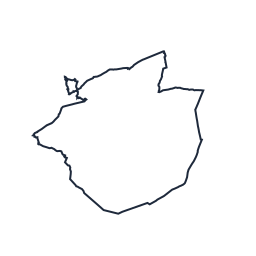 Amanalco, México, Mexico (Equal Earth projection), rotated 56°
{"feature_id": "50627088B28397416808425", "entity_name": "Amanalco", "entity_type": "district", "adm_level": 2, "iso_a3": "MEX", "parent_name": "Mexico", "parent_adm1": "México", "projection": "equal_earth", "projection_center": [-100.016, 19.256], "detail": "fine", "context": "isolated", "style": "outline", "palette": "slate", "viewbox_px": 256, "rotation_deg": 56, "n_neighbors": 0, "source": "geoboundaries", "source_scale": "gbopen_adm2", "svg_char_len": 5336}
<svg xmlns="http://www.w3.org/2000/svg" viewBox="0 0 256 256"><g transform="rotate(56 128 128)"><path d="M190.0,87.9L188.8,86.1L187.8,84.8L186.8,83.5L186.0,83.1L184.6,81.4L183.3,79.7L179.0,73.3L178.2,74.1L174.7,72.7L171.2,71.4L169.7,70.7L166.7,69.4L166.3,69.3L165.4,68.9L160.4,66.5L159.4,66.1L158.5,65.7L156.5,64.8L152.9,63.1L151.9,62.7L150.5,62.0L150.5,61.8L150.4,61.7L150.1,61.4L149.7,60.8L148.8,59.3L147.6,57.5L147.2,56.8L146.9,56.4L145.2,53.9L143.4,51.3L143.2,51.0L141.4,48.3L139.8,45.8L139.0,44.6L137.4,46.5L135.9,48.6L134.4,50.7L134.0,51.7L133.4,52.2L132.5,52.6L131.5,54.0L130.9,55.1L130.8,55.6L130.1,56.3L129.3,56.7L129.2,56.9L128.7,57.6L127.9,58.5L126.8,60.0L126.1,60.5L124.8,61.7L123.9,62.2L123.1,63.3L122.7,64.0L122.5,64.5L121.8,65.1L121.1,65.8L120.8,66.4L120.8,66.8L120.0,69.6L119.5,70.4L118.6,73.2L116.4,77.7L116.3,77.9L116.2,80.1L115.8,82.0L115.3,82.5L114.9,82.0L114.5,81.6L114.4,81.6L114.2,81.2L113.8,80.8L113.7,80.7L113.4,80.4L113.0,80.1L112.8,79.9L112.2,79.5L111.6,79.1L111.3,79.0L111.1,79.0L110.6,79.0L110.2,79.1L109.4,78.8L109.3,78.5L109.1,78.2L108.7,78.0L108.5,77.7L108.4,77.4L108.3,76.8L108.1,76.5L107.4,75.7L106.8,75.2L106.1,73.5L105.1,72.1L104.3,70.9L104.1,70.8L103.9,70.8L103.7,70.8L102.6,69.9L99.9,67.0L98.5,65.6L99.4,62.2L94.3,60.0L94.2,60.1L93.7,59.7L89.7,58.1L89.8,57.5L89.7,57.3L89.5,56.9L89.0,56.4L88.4,56.5L88.0,56.2L87.7,56.0L87.4,55.9L86.8,55.9L86.5,55.9L86.2,56.1L86.1,55.8L85.8,55.8L85.7,55.7L85.3,55.5L85.1,55.5L84.8,55.4L84.7,55.9L84.5,56.0L84.2,56.0L80.4,74.1L80.0,76.1L79.6,77.7L79.5,78.7L79.4,79.5L79.3,80.4L79.3,81.0L79.1,82.4L79.1,83.4L79.1,85.8L79.1,87.8L79.3,88.4L79.4,88.9L79.5,89.2L79.6,89.5L79.7,89.9L79.7,90.2L79.7,90.5L79.6,90.8L79.6,91.2L79.6,91.6L79.8,92.6L79.9,94.0L78.8,94.0L78.7,95.1L77.8,95.0L77.3,95.8L75.6,98.7L75.1,100.1L72.8,105.1L72.0,106.2L71.6,107.0L71.5,107.3L71.4,107.6L70.8,108.1L69.3,110.4L69.3,110.5L69.2,111.1L69.2,111.6L69.2,112.2L69.1,112.8L69.2,113.3L69.3,114.2L69.3,114.8L69.1,116.3L69.0,117.7L68.9,119.2L68.9,120.6L68.8,121.6L68.6,122.3L68.5,122.9L68.4,123.7L68.2,124.5L68.0,125.1L67.5,125.9L67.0,127.0L66.7,127.6L66.5,127.8L66.5,128.0L66.7,128.4L66.9,128.8L67.1,129.2L67.0,129.9L67.0,130.1L66.8,130.7L66.0,135.5L66.3,137.0L66.5,138.2L66.5,138.4L66.6,139.1L67.1,140.4L67.2,141.0L67.5,143.3L67.9,144.2L68.4,144.9L68.2,145.9L68.1,147.1L68.0,147.9L68.2,148.2L68.3,148.4L67.5,148.5L66.0,148.1L65.2,148.1L64.2,147.6L63.3,146.5L62.8,146.0L62.1,145.2L61.4,143.9L61.2,143.8L59.6,145.6L58.9,145.5L58.4,144.5L57.7,144.7L58.0,145.8L57.7,146.0L57.5,147.1L57.2,147.5L56.3,148.5L55.3,149.2L53.8,150.6L52.5,151.1L51.7,151.2L51.4,151.2L51.1,151.2L50.8,151.3L50.6,151.4L50.2,151.7L50.7,152.0L51.1,151.8L51.6,151.7L51.9,151.8L52.1,151.9L52.3,152.3L52.5,152.4L52.5,152.6L52.5,152.8L53.2,152.9L53.7,152.9L54.2,152.9L54.2,152.7L54.3,152.5L54.5,152.3L54.7,152.0L54.8,152.2L54.8,152.5L55.2,152.8L55.5,153.3L55.7,153.6L56.0,153.9L56.7,154.3L57.0,154.3L57.1,154.6L58.1,155.0L58.7,155.1L58.8,155.1L60.0,155.0L60.4,155.1L60.8,155.3L61.1,155.5L61.4,155.6L61.6,155.9L61.7,156.2L61.8,156.5L62.0,156.4L62.2,156.1L62.2,155.9L62.2,155.6L62.3,155.6L62.5,155.7L62.5,156.0L62.6,156.4L62.7,156.6L63.3,156.8L63.6,156.7L64.0,156.8L64.2,157.0L64.5,157.2L66.4,157.5L66.6,157.2L66.5,157.5L66.9,158.1L67.2,158.0L67.3,157.6L67.4,157.2L67.2,156.9L67.1,156.5L67.0,155.8L67.4,156.7L67.2,155.2L67.6,153.1L67.2,152.8L67.1,152.7L67.3,152.6L67.5,152.5L67.8,152.3L67.7,152.1L67.7,151.9L67.8,151.1L68.1,150.3L68.1,150.0L68.6,150.0L68.8,149.6L69.2,149.4L70.0,149.3L72.0,150.8L72.7,152.8L73.5,152.6L74.5,153.2L74.3,152.6L74.4,152.3L75.6,152.3L76.0,151.5L75.8,151.0L75.8,150.9L76.6,150.7L77.1,150.5L78.0,150.1L79.3,149.6L80.1,149.1L80.0,148.7L79.8,148.4L79.7,148.0L79.6,147.6L79.7,147.1L80.6,146.7L81.1,146.6L81.1,147.5L81.1,148.1L81.5,148.8L81.6,149.2L77.9,158.9L77.2,161.0L75.5,165.7L75.1,166.8L74.0,170.1L74.4,171.8L74.5,172.3L75.1,172.8L77.9,176.7L77.9,177.7L79.5,179.2L80.4,184.0L81.0,186.1L81.3,188.2L80.7,191.6L80.8,191.5L80.4,193.7L80.4,195.8L80.6,200.0L80.4,204.7L80.4,205.2L80.7,205.5L80.4,206.2L80.4,206.6L80.3,207.0L80.2,207.4L80.1,208.0L80.3,208.8L80.6,209.4L80.6,209.6L80.9,209.6L81.1,209.8L81.2,210.7L81.4,210.5L81.7,210.1L81.9,210.3L82.3,210.2L82.5,210.2L82.8,210.0L83.1,210.3L83.5,209.7L83.8,209.8L84.5,209.6L85.0,208.3L85.8,208.8L89.8,210.0L90.0,210.0L90.1,210.6L90.5,210.9L90.8,211.2L91.2,211.4L91.5,211.2L91.6,210.8L91.9,210.8L92.1,210.3L93.3,209.7L95.5,208.6L95.9,208.3L98.2,206.4L100.8,204.4L101.3,203.4L101.6,202.5L104.4,200.9L105.7,200.6L107.1,200.0L107.7,199.5L108.9,197.3L110.1,196.3L112.9,196.9L113.8,196.8L114.1,196.5L115.6,195.4L116.1,195.9L115.9,196.2L116.0,196.8L116.8,196.8L117.5,196.5L118.1,195.7L118.6,195.4L121.2,199.4L125.4,198.7L126.4,197.6L127.6,197.8L128.4,197.9L129.7,199.1L132.1,199.7L134.2,201.3L138.0,204.6L146.0,203.4L147.4,203.5L148.4,202.6L150.0,201.9L152.9,200.3L155.3,200.1L157.4,200.7L174.2,196.2L182.4,194.1L193.6,184.0L194.3,179.5L201.0,153.8L203.4,152.7L204.0,145.5L203.8,143.7L204.5,136.1L203.9,127.6L203.8,125.7L204.1,124.5L204.4,123.1L204.6,121.9L204.8,120.7L205.0,119.6L205.0,118.7L205.1,117.9L205.5,116.1L205.6,115.1L205.8,114.3L205.7,113.8L205.7,113.1L205.7,112.7L205.6,112.1L205.4,111.5L204.0,109.4L202.7,107.7L201.9,106.6L198.3,103.4L196.4,101.1L194.1,96.3L193.3,94.5L192.6,92.7L192.2,91.8L190.0,87.9Z" fill="none" stroke="#1e293b" stroke-width="2"/></g></svg>